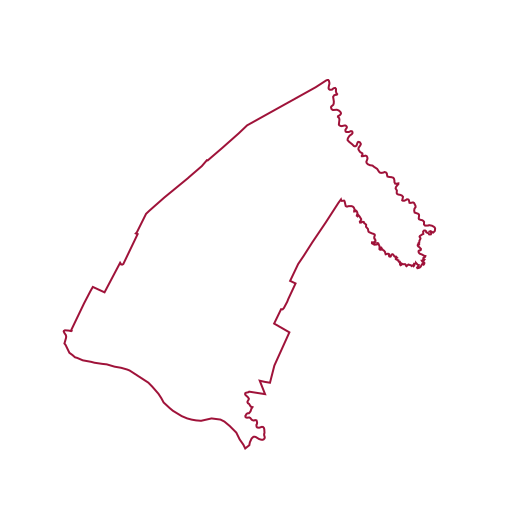 Lavalle, Corrientes, Argentina, rotated 285°
{"feature_id": "61730980B29008980854450", "entity_name": "Lavalle", "entity_type": "district", "adm_level": 2, "iso_a3": "ARG", "parent_name": "Argentina", "parent_adm1": "Corrientes", "projection": "mercator", "projection_center": [-58.887, -29.013], "detail": "fine", "context": "isolated", "style": "outline", "palette": "rose", "viewbox_px": 512, "rotation_deg": 285, "n_neighbors": 0, "source": "geoboundaries", "source_scale": "gbopen_adm2", "svg_char_len": 6095}
<svg xmlns="http://www.w3.org/2000/svg" viewBox="0 0 512 512"><g transform="rotate(285 256 256)"><path d="M444.7,280.3L444.5,279.4L443.7,278.3L434.4,269.9L379.9,213.6L369.9,207.5L351.6,195.4L335.8,184.6L335.9,183.8L328.8,180.4L314.7,170.8L313.7,170.2L288.9,152.4L272.2,141.3L268.3,138.9L248.1,134.8L246.7,134.1L246.5,136.0L213.9,129.9L213.1,129.1L212.9,128.0L214.3,126.5L181.7,119.1L183.9,106.4L179.4,105.2L165.9,102.2L136.6,96.7L136.1,97.3L135.6,96.9L135.5,94.5L134.8,90.7L133.9,89.8L133.3,89.8L132.0,90.9L130.4,92.8L129.0,93.5L127.7,93.7L121.9,93.6L120.9,95.0L114.2,100.8L112.8,104.4L111.3,107.4L111.3,109.5L110.4,115.7L111.1,124.2L111.1,127.6L112.0,135.4L112.7,139.9L112.5,148.1L113.1,154.6L113.0,160.9L112.7,163.5L105.8,184.8L102.9,189.7L97.7,197.4L94.2,201.3L90.6,204.7L86.7,212.1L85.0,215.8L82.1,225.7L81.3,231.5L81.3,236.2L81.7,240.6L82.6,245.6L87.6,255.1L88.8,264.0L87.9,268.3L85.0,274.6L80.3,282.7L74.6,287.7L70.4,292.7L67.3,295.4L71.5,298.5L74.5,298.3L78.6,299.0L80.7,300.3L81.1,301.5L81.1,302.6L80.0,306.3L79.9,308.6L80.2,310.0L80.8,310.8L81.7,311.3L82.6,311.5L83.5,311.2L85.1,310.2L86.4,309.9L87.3,310.0L90.9,308.8L92.1,308.0L92.7,306.9L92.4,305.7L91.1,303.8L90.7,302.5L90.7,301.5L91.2,300.8L92.3,300.3L93.1,300.1L94.1,300.4L95.6,300.1L97.3,299.1L97.4,298.3L97.2,297.5L96.5,296.5L96.5,295.3L96.7,294.3L98.1,292.3L98.3,291.3L97.6,289.6L97.4,288.4L97.8,287.5L98.7,287.1L100.5,287.6L101.1,287.8L101.9,288.6L102.3,289.9L102.9,290.2L104.5,290.9L107.3,291.1L109.1,291.7L109.2,289.9L111.4,287.5L111.7,286.3L112.7,285.5L113.4,285.5L115.6,286.1L116.4,286.0L117.6,284.6L118.9,282.0L119.6,281.3L120.6,281.1L121.3,281.7L122.5,284.0L123.2,284.5L124.9,300.5L136.5,291.9L136.7,297.2L137.2,302.3L155.0,302.1L190.9,308.0L195.4,291.0L211.1,294.0L211.3,295.5L213.0,296.4L219.9,298.0L222.7,298.3L239.7,301.3L240.8,295.4L259.2,298.8L268.4,302.0L283.9,306.9L306.5,314.7L328.8,321.9L332.6,323.4L331.7,323.9L331.4,324.6L332.3,326.7L331.8,327.4L327.5,329.7L327.2,330.7L327.5,331.7L328.0,332.2L328.9,335.3L328.8,336.6L328.4,337.5L327.9,338.1L326.5,339.2L325.3,339.1L324.4,339.3L324.7,340.2L325.7,340.8L325.2,341.8L324.3,342.5L323.4,343.0L321.0,342.9L320.6,343.8L322.1,344.2L321.0,345.8L318.8,348.1L317.7,348.1L316.0,347.4L315.2,347.9L315.5,348.9L316.7,350.2L316.7,351.4L315.8,351.9L315.3,353.3L314.7,354.3L312.7,354.7L311.1,357.1L308.7,358.3L308.3,359.1L307.8,362.5L307.8,363.8L307.5,365.0L306.9,365.4L304.8,365.3L303.4,365.8L302.9,366.8L301.6,367.5L300.8,367.0L299.8,367.4L299.0,366.8L298.9,366.0L299.5,365.6L299.2,364.5L298.3,364.7L298.0,365.4L298.0,366.5L297.5,367.3L298.4,369.7L298.8,370.2L299.9,369.8L299.9,370.8L297.5,372.7L296.3,373.1L296.6,374.8L295.9,375.4L295.2,375.2L295.5,374.4L295.3,373.3L294.6,373.4L294.2,374.1L294.3,374.9L295.1,376.5L294.5,377.4L294.3,378.3L293.2,379.7L292.6,379.9L291.2,380.8L292.4,382.9L292.2,384.1L291.5,384.3L290.7,384.3L290.1,384.8L290.0,385.7L290.5,386.3L291.3,386.2L292.5,386.7L293.0,387.2L292.9,388.1L291.5,389.7L291.2,390.6L291.7,391.3L290.9,392.6L290.2,391.6L289.2,391.8L288.9,392.7L288.7,394.7L288.0,394.8L287.4,395.5L287.7,396.4L287.0,397.0L285.8,397.0L285.0,397.4L284.5,398.0L285.0,398.6L286.5,398.2L286.1,400.0L286.7,402.1L286.3,402.9L285.5,403.3L285.1,404.0L287.2,405.4L287.1,407.9L286.6,409.0L287.4,409.4L287.7,410.1L287.0,410.9L287.8,411.3L288.7,410.7L289.5,410.7L290.0,412.6L290.7,412.4L289.6,414.1L289.3,414.8L289.3,415.6L288.1,415.4L286.5,414.6L286.0,415.1L286.6,416.3L287.3,417.2L288.3,417.8L291.2,418.6L291.8,419.1L291.1,420.2L291.8,420.5L292.8,420.5L293.5,419.5L293.6,418.2L294.4,417.4L295.1,419.2L296.1,419.6L296.3,418.3L297.5,418.2L299.0,419.6L299.8,419.6L299.7,418.6L300.4,415.8L300.6,413.6L301.2,412.6L302.1,411.9L303.1,411.8L303.7,412.4L303.9,413.1L304.5,413.6L305.5,413.5L306.8,411.5L307.2,410.3L307.9,409.5L308.9,409.4L309.2,410.5L309.8,410.6L310.6,409.7L311.5,410.2L313.1,409.9L314.8,410.3L315.7,410.3L316.9,409.0L317.7,409.1L320.0,411.1L320.6,411.9L322.9,411.1L324.1,411.7L324.4,412.7L323.9,414.0L323.0,414.3L322.7,415.5L322.7,416.6L321.7,417.6L321.8,418.4L322.2,419.3L323.8,419.5L324.7,417.5L325.2,418.2L324.5,421.1L326.3,422.2L327.1,422.2L328.9,421.9L329.8,421.2L330.3,420.1L330.8,418.1L330.6,415.2L330.0,414.5L329.1,411.5L329.9,410.1L332.5,409.5L333.2,408.5L333.6,407.2L333.5,405.6L333.7,404.0L334.5,403.4L337.1,403.1L338.3,402.6L338.8,401.4L339.0,398.0L340.6,397.1L342.6,396.8L344.6,397.5L345.8,397.0L348.1,395.0L348.4,393.8L347.2,391.4L347.1,390.5L349.5,389.2L350.0,388.6L349.9,387.2L348.9,386.3L347.8,385.0L347.4,383.5L347.6,382.8L351.2,382.7L352.1,381.4L352.4,379.7L352.2,377.6L352.4,376.4L353.2,375.6L355.8,375.1L357.3,373.4L358.7,373.3L361.0,374.2L362.1,374.9L363.0,374.7L362.1,372.8L361.9,371.7L363.2,370.6L364.6,370.2L366.2,369.4L367.1,368.4L367.2,366.4L366.8,364.2L366.8,362.4L368.1,361.6L369.6,361.0L370.3,360.0L370.4,358.5L369.4,357.2L368.7,355.5L368.6,354.2L369.2,353.0L371.5,350.5L372.8,346.6L373.5,345.2L373.2,342.5L373.6,340.2L374.5,338.8L375.5,338.2L378.8,338.5L380.1,338.0L381.1,337.1L381.3,335.9L380.1,333.5L379.8,332.4L380.5,332.2L381.3,332.6L382.0,332.5L382.7,332.1L383.3,329.9L383.8,329.1L385.4,327.4L386.5,327.1L387.4,327.2L389.8,328.1L391.3,328.3L392.6,327.1L392.8,326.2L392.7,325.2L392.1,324.8L391.4,324.7L388.6,324.5L387.7,323.6L387.5,322.9L387.6,322.0L388.7,320.2L390.5,316.2L391.6,314.5L392.4,314.3L393.5,314.3L395.5,314.9L396.6,315.4L398.0,316.6L398.9,317.2L399.8,317.4L400.8,317.0L401.3,316.4L401.2,315.3L399.8,313.6L399.2,311.4L399.3,310.5L400.0,310.0L401.1,309.7L403.4,310.5L404.1,310.4L404.8,309.7L405.2,308.8L405.1,308.0L403.6,305.1L403.5,303.9L403.9,302.5L404.5,302.0L409.3,301.3L410.7,300.6L411.6,299.1L412.4,299.1L413.6,300.4L414.7,301.0L415.6,301.2L416.3,300.9L417.1,300.1L418.0,298.2L418.2,296.2L416.9,292.5L417.1,291.7L417.6,290.8L419.2,289.9L420.0,290.1L422.0,291.5L423.4,291.6L425.4,291.2L429.7,289.3L431.5,289.9L432.0,290.6L432.7,292.3L433.4,292.5L434.1,291.5L435.9,290.5L437.2,290.3L438.1,290.0L438.8,289.0L438.4,288.0L437.8,287.3L436.3,286.3L435.7,284.2L436.1,283.2L437.0,282.6L440.1,282.3L441.0,282.4L442.2,282.1L444.1,281.1L444.7,280.3Z" fill="none" stroke="#9f1239" stroke-width="2"/></g></svg>